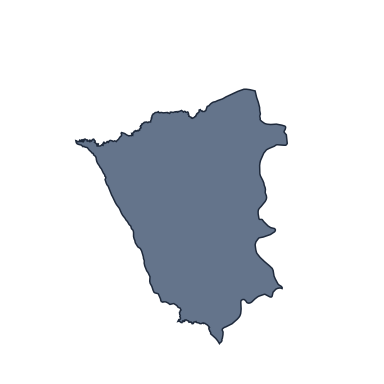 outline of Khao Wong, Kalasin, Thailand, rotated 30°
{"feature_id": "78962969B54306826324199", "entity_name": "Khao Wong", "entity_type": "district", "adm_level": 2, "iso_a3": "THA", "parent_name": "Thailand", "parent_adm1": "Kalasin", "projection": "orthographic", "projection_center": [104.055, 16.69], "detail": "fine", "context": "isolated", "style": "filled", "palette": "slate", "viewbox_px": 384, "rotation_deg": 30, "n_neighbors": 0, "source": "geoboundaries", "source_scale": "gbopen_adm2", "svg_char_len": 6048}
<svg xmlns="http://www.w3.org/2000/svg" viewBox="0 0 384 384"><g transform="rotate(30 192 192)"><path d="M196.1,72.9L190.8,74.5L187.7,75.8L185.5,77.1L181.4,81.9L174.0,92.4L171.9,96.1L168.6,99.9L167.0,102.2L166.0,103.0L165.0,104.2L164.1,106.2L163.5,108.9L162.4,110.3L163.2,114.5L162.7,115.3L162.7,115.9L160.9,117.0L160.1,116.7L159.9,117.1L159.1,117.1L158.0,116.5L157.2,117.5L158.1,119.0L157.4,121.0L157.6,121.4L157.1,121.6L157.0,122.6L157.3,123.3L157.1,124.2L157.4,124.8L156.7,125.5L156.5,126.6L155.9,127.2L155.7,127.9L154.9,128.2L154.4,128.2L154.3,127.7L151.4,128.0L151.1,127.2L150.4,126.9L150.2,126.4L149.9,126.4L150.0,126.1L148.7,124.9L148.1,124.9L147.4,125.8L146.7,126.1L146.1,125.7L145.4,125.7L144.6,126.6L144.6,127.0L142.2,126.6L140.4,129.0L139.7,129.2L139.7,130.0L138.3,130.2L137.7,130.7L137.8,130.9L136.8,131.4L136.0,132.5L133.8,133.3L133.7,133.6L133.3,133.8L133.5,134.4L133.3,135.2L131.9,135.3L131.6,135.6L131.2,135.4L131.1,135.6L130.4,135.8L127.6,137.8L125.5,138.5L124.6,139.4L124.0,139.7L123.3,139.8L123.1,139.4L122.6,139.3L122.2,140.3L120.4,141.6L119.9,143.2L119.3,143.9L119.5,144.3L119.2,145.3L119.4,146.4L120.1,147.9L119.8,148.4L120.4,148.8L120.6,150.9L121.1,152.0L119.2,153.3L119.2,153.8L118.6,154.2L117.7,154.1L116.3,155.1L116.3,155.5L115.8,155.6L115.2,157.5L114.9,157.7L114.5,158.4L114.9,158.7L114.9,159.9L114.4,160.2L114.7,161.2L114.6,161.4L114.9,161.6L115.5,161.6L115.7,162.5L115.1,163.8L115.6,164.6L115.2,164.8L115.1,165.5L114.6,165.6L114.6,166.1L113.9,166.1L113.6,167.0L112.6,167.0L112.6,167.5L112.3,167.5L111.7,168.1L111.9,168.9L111.6,169.0L111.5,169.9L111.3,170.4L111.5,171.3L111.1,171.2L111.0,171.6L110.6,171.6L111.0,172.1L111.8,172.1L111.7,172.3L112.2,172.7L111.6,173.0L111.5,173.4L110.5,173.9L109.2,175.0L106.8,175.2L104.5,175.0L101.3,175.7L101.2,176.5L102.6,177.8L102.7,178.7L102.1,180.6L102.0,183.1L101.4,184.7L101.2,186.2L99.5,186.3L98.4,187.7L97.2,187.6L95.3,188.2L94.8,189.1L94.8,190.9L94.4,191.0L93.8,190.5L93.3,190.7L93.0,192.5L92.1,193.6L91.6,193.7L91.2,192.9L90.7,193.0L90.7,195.0L91.5,195.6L91.6,196.1L90.2,196.3L90.0,197.3L89.3,198.2L86.8,199.6L86.5,199.2L87.1,198.0L86.9,197.2L86.4,197.2L86.0,198.5L85.8,198.6L84.8,197.9L82.8,197.7L83.0,197.0L82.7,196.3L81.2,196.0L80.9,195.5L80.4,195.4L80.0,195.7L79.5,196.6L79.5,198.1L78.4,198.0L77.3,198.4L77.5,198.8L78.4,199.1L78.4,199.5L77.0,199.4L75.9,200.3L75.3,199.3L74.3,199.7L72.9,199.6L72.6,199.9L72.7,201.0L71.7,200.9L71.5,201.1L71.6,202.1L71.9,202.3L72.8,202.1L72.9,202.5L72.8,202.9L70.8,203.5L71.0,202.4L70.8,202.0L70.5,201.9L69.7,203.2L68.8,203.3L68.9,203.6L69.7,204.0L69.7,204.4L68.9,204.4L68.0,205.6L66.5,205.4L65.7,205.6L67.2,207.2L68.5,207.7L69.9,207.5L72.7,206.7L74.9,207.3L75.6,206.5L76.7,206.6L79.2,205.9L82.0,207.1L84.7,207.7L85.7,208.2L87.3,208.0L88.1,209.0L90.4,209.4L91.2,209.8L92.2,210.7L92.9,211.7L94.2,213.1L96.0,214.4L98.6,215.6L99.9,216.5L102.0,217.3L105.8,219.9L107.8,220.8L108.7,221.9L109.6,222.0L110.3,222.9L110.5,224.7L113.4,227.3L114.8,228.3L116.1,228.7L117.0,229.3L123.9,234.8L125.4,235.7L130.9,239.5L133.0,240.7L137.3,242.5L141.6,245.7L143.7,246.9L147.3,248.3L148.5,249.1L150.9,249.9L153.8,251.6L156.0,252.1L157.9,254.0L159.5,254.4L160.3,254.8L161.5,256.1L163.6,259.7L165.3,261.5L166.7,262.5L167.8,263.8L168.6,264.5L172.5,266.6L175.5,266.8L177.9,268.3L182.2,272.4L183.2,273.8L185.0,275.3L186.2,277.6L188.0,279.6L192.2,282.9L194.1,283.7L198.0,286.4L200.0,290.4L201.4,292.0L204.4,293.8L207.5,296.6L209.2,297.8L210.3,297.9L213.2,297.1L213.8,297.1L218.4,300.5L218.8,301.2L220.3,302.3L221.1,302.0L221.9,302.0L222.3,301.3L224.2,300.3L226.4,300.1L229.1,300.4L231.5,298.1L232.2,297.7L235.6,297.9L237.6,298.8L239.8,298.5L241.5,299.7L241.2,300.7L241.6,301.7L241.3,302.4L242.5,304.1L243.5,304.6L243.8,306.1L244.5,306.3L245.3,307.3L245.4,308.0L244.9,308.6L244.9,309.0L244.4,309.1L244.5,311.1L245.3,310.3L247.2,310.3L247.6,310.5L248.5,310.2L248.4,309.9L249.0,309.0L248.6,308.2L249.1,308.1L249.3,307.8L249.7,308.1L250.2,307.8L250.0,307.4L250.2,306.9L249.8,306.6L250.7,305.7L251.5,305.6L252.2,305.8L253.5,305.4L253.9,305.7L254.5,306.3L255.9,305.2L256.2,305.4L256.6,305.1L257.4,305.3L257.7,305.9L258.0,305.7L258.6,305.7L258.9,305.0L258.7,303.8L259.7,302.8L260.1,302.8L260.3,302.2L261.3,302.7L263.3,302.0L264.8,302.0L265.8,301.4L267.1,299.8L267.6,299.7L267.9,300.0L268.7,299.3L270.9,299.5L271.6,299.4L274.5,300.3L274.9,300.6L274.5,301.4L275.4,302.2L275.6,302.7L276.4,302.9L276.9,303.6L278.3,304.2L279.1,305.5L285.7,306.9L288.8,308.1L291.6,309.6L291.7,308.7L292.3,307.1L292.3,305.8L291.6,304.9L291.5,303.7L290.2,300.2L288.9,297.7L287.1,296.4L286.8,295.1L287.7,293.1L288.8,291.8L292.6,286.0L294.8,279.5L295.3,277.1L295.4,275.3L295.0,273.1L294.0,270.8L293.0,268.7L289.4,263.1L288.9,261.9L288.9,261.0L289.8,259.6L291.1,259.0L293.0,259.4L294.8,260.3L295.9,260.2L296.9,259.8L298.1,258.6L298.8,257.2L299.9,253.3L301.3,249.9L302.0,248.8L305.7,244.5L306.3,244.1L311.8,243.9L313.0,243.5L313.4,242.9L313.5,242.2L312.3,238.3L313.2,234.3L314.2,232.8L315.6,231.5L317.0,230.8L318.3,230.6L318.1,229.9L316.8,229.1L313.8,229.0L312.5,228.7L307.5,225.6L305.0,223.7L301.5,219.4L299.7,218.1L296.5,217.3L289.5,216.0L283.7,214.6L278.9,212.7L278.1,212.1L276.2,210.2L273.1,206.2L272.5,204.2L272.3,203.0L272.8,198.7L273.3,197.9L276.2,195.4L281.2,189.6L283.4,185.2L283.5,184.1L283.3,183.4L282.9,182.8L281.8,182.4L278.0,183.5L274.9,183.4L269.0,181.8L266.6,180.8L266.0,180.9L264.3,181.9L263.4,181.7L260.2,177.8L259.0,175.8L258.4,174.1L258.5,172.2L259.1,169.8L260.1,163.6L260.0,161.3L259.5,159.7L258.3,158.1L255.7,156.0L254.3,153.0L253.1,151.6L251.1,150.0L249.7,148.3L247.5,146.6L243.3,143.9L241.7,142.4L237.3,135.2L236.3,132.8L235.6,130.4L234.7,122.5L235.4,118.2L236.9,115.8L240.4,111.2L241.3,109.3L241.9,108.6L248.7,105.3L249.8,104.6L250.2,103.7L250.2,102.3L245.1,95.3L242.0,94.2L241.6,93.8L241.4,93.2L241.4,91.1L240.9,89.4L240.3,88.7L239.4,88.5L236.4,89.2L231.2,91.0L226.4,94.2L222.9,95.8L220.7,96.3L217.1,96.0L215.5,95.6L214.7,95.1L214.4,94.3L212.7,92.4L212.2,90.2L209.9,87.6L208.3,85.0L204.4,81.0L200.7,77.8L196.1,72.9Z" fill="#64748b" stroke="#1e293b" stroke-width="1.5"/></g></svg>